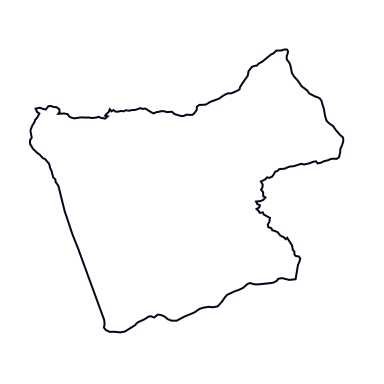 Cabeceiras, Goiás, Brazil, rotated 84°
{"feature_id": "56859067B98559858488802", "entity_name": "Cabeceiras", "entity_type": "district", "adm_level": 2, "iso_a3": "BRA", "parent_name": "Brazil", "parent_adm1": "Goiás", "projection": "albers", "projection_center": [-47.024, -15.748], "detail": "fine", "context": "isolated", "style": "outline", "palette": "ink", "viewbox_px": 384, "rotation_deg": 84, "n_neighbors": 0, "source": "geoboundaries", "source_scale": "gbopen_adm2", "svg_char_len": 3338}
<svg xmlns="http://www.w3.org/2000/svg" viewBox="0 0 384 384"><g transform="rotate(84 192 192)"><path d="M269.7,91.3L267.3,92.5L266.4,95.7L264.5,96.7L262.0,96.4L260.0,97.8L255.5,98.1L250.0,100.9L247.5,102.1L248.7,103.8L246.7,105.3L244.6,108.7L241.0,111.0L239.5,113.4L238.4,116.2L236.3,116.9L234.9,119.8L232.3,120.0L229.6,118.1L225.8,117.2L224.1,119.9L221.9,123.0L219.7,123.7L219.8,126.8L217.5,127.9L215.7,129.6L214.4,126.8L212.3,125.8L210.9,128.3L208.2,129.3L208.2,124.9L207.3,121.9L205.1,119.6L203.6,121.6L199.7,121.3L196.9,123.1L195.1,121.6L192.1,120.9L188.7,122.4L187.9,119.9L187.0,117.7L185.3,115.9L186.0,113.6L185.2,110.9L183.3,109.1L180.5,107.1L180.0,104.9L178.4,102.9L178.4,100.4L178.5,97.3L177.6,94.9L176.9,91.9L177.0,88.2L176.0,83.4L175.4,80.3L176.4,77.6L176.0,74.8L175.7,71.9L174.7,68.6L174.4,65.6L176.7,64.0L176.4,60.9L175.1,57.2L174.6,53.1L173.8,51.2L173.6,47.9L174.2,44.7L172.7,42.1L167.8,40.4L165.1,40.1L160.5,37.6L157.7,36.3L153.7,36.0L150.8,38.7L149.0,40.0L144.8,42.9L141.1,44.8L138.7,47.7L137.2,49.2L135.0,50.8L130.3,51.7L122.7,52.2L118.5,53.1L114.8,53.7L112.3,55.1L110.9,57.2L109.9,59.6L106.2,65.1L103.0,66.9L98.3,71.9L92.2,75.2L88.0,78.3L84.0,80.2L78.4,80.7L75.4,81.1L73.0,82.0L70.2,83.9L66.7,83.6L64.2,82.3L62.2,81.8L60.3,82.6L59.9,84.8L60.6,88.7L60.2,93.4L62.6,96.4L63.6,99.2L65.5,102.1L67.5,105.1L69.7,108.5L71.3,112.3L73.1,114.3L73.1,116.6L73.8,119.3L77.7,123.1L82.2,124.4L87.6,129.2L89.9,131.1L92.7,133.2L95.1,134.2L96.4,137.5L97.3,140.3L98.0,142.9L97.6,145.8L98.8,149.5L100.6,153.0L101.9,155.1L103.1,159.6L104.2,164.1L106.5,169.2L106.4,172.6L106.1,175.6L107.7,178.2L110.8,178.7L113.6,181.2L115.3,183.4L115.0,187.0L114.5,189.1L115.6,192.7L115.0,195.8L113.8,198.5L112.8,201.1L110.1,203.6L109.9,208.6L108.7,211.4L108.4,214.1L108.8,216.9L108.9,219.0L109.8,222.2L108.3,224.3L106.7,226.5L104.2,229.5L104.2,232.5L103.2,234.5L103.8,237.0L104.5,240.3L104.2,242.9L104.6,245.9L103.8,249.5L104.6,251.5L104.0,254.0L104.4,257.5L103.9,259.9L102.3,261.6L103.3,263.6L101.1,265.1L103.8,266.5L105.5,269.0L107.0,270.4L107.9,267.9L109.9,270.7L108.9,274.4L107.4,277.3L108.0,279.4L107.9,284.2L107.1,286.7L106.9,290.2L106.2,294.2L106.3,298.1L106.5,301.3L105.5,304.0L104.2,306.1L101.5,307.7L100.6,310.9L100.4,313.6L100.3,316.8L98.7,315.3L95.7,315.4L93.6,317.8L92.8,321.1L91.6,323.6L91.7,325.9L94.7,328.8L93.4,332.4L92.3,334.4L92.7,338.8L96.1,337.8L98.0,335.6L101.9,338.2L103.7,340.3L106.3,341.5L108.4,343.3L112.5,345.7L114.8,346.3L121.1,345.7L123.8,347.8L127.3,348.0L132.5,345.6L137.1,341.7L138.4,340.0L142.8,336.7L143.9,334.7L149.1,331.1L153.1,330.6L156.4,329.5L163.0,328.5L165.1,326.6L167.7,326.6L170.6,324.9L172.7,324.1L198.1,320.6L206.2,318.7L220.6,315.6L236.7,311.1L310.1,292.7L314.1,292.7L317.6,293.8L320.2,292.2L322.5,288.5L322.8,284.4L323.3,281.9L324.1,278.1L323.8,273.5L318.5,262.5L317.0,261.1L315.8,259.1L313.6,252.5L311.3,248.0L311.3,245.9L312.9,242.7L310.4,239.1L310.8,236.6L312.0,233.9L313.6,231.6L315.9,229.5L317.8,225.9L318.4,220.7L315.0,212.3L312.7,204.3L311.9,202.0L309.1,196.8L308.3,193.4L307.9,187.8L308.8,183.2L308.4,178.4L303.9,173.4L299.9,170.0L297.9,167.7L295.2,159.9L294.4,156.2L292.8,151.5L289.3,146.4L288.6,144.1L290.3,139.5L290.8,135.9L290.8,122.7L290.5,120.0L289.1,116.8L287.4,115.5L287.0,111.6L289.6,104.5L289.6,98.1L275.5,94.2L273.2,92.8L269.7,91.3Z" fill="none" stroke="#020617" stroke-width="2"/></g></svg>